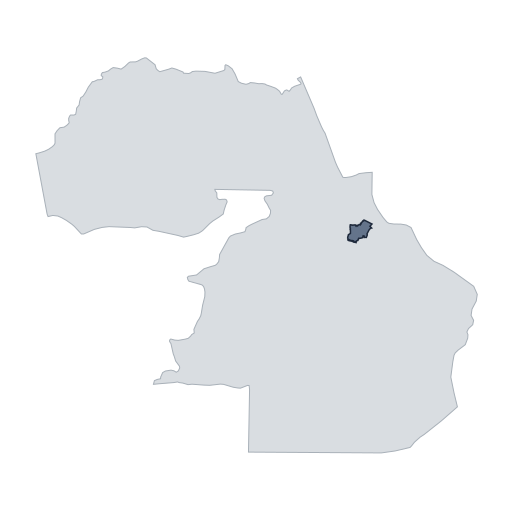 Chongwe, Lusaka, Zambia shown in context, rotated 271°
{"feature_id": "96606910B32717004733154", "entity_name": "Chongwe", "entity_type": "district", "adm_level": 2, "iso_a3": "ZMB", "parent_name": "Zambia", "parent_adm1": "Lusaka", "projection": "equal_earth", "projection_center": [28.753, -15.39], "detail": "fine", "context": "in_parent", "style": "filled", "palette": "slate", "viewbox_px": 512, "rotation_deg": 271, "n_neighbors": 0, "source": "geoboundaries", "source_scale": "gbopen_adm2", "svg_char_len": 6018}
<svg xmlns="http://www.w3.org/2000/svg" viewBox="0 0 512 512"><g transform="rotate(271 256 256)"><path d="M341.7,370.7L319.5,370.8L311.4,373.1L304.7,376.7L296.8,382.3L292.3,386.2L291.0,388.3L290.4,393.1L290.4,400.4L289.6,405.7L287.2,410.5L275.2,416.4L267.3,421.2L259.6,426.8L253.8,434.1L249.9,443.1L243.3,454.3L229.5,474.2L221.5,477.9L214.8,477.0L206.7,472.9L200.3,472.1L195.5,474.7L191.1,473.9L187.1,469.7L183.7,468.2L181.0,469.3L177.5,469.1L171.0,466.8L165.5,459.8L162.5,456.8L160.1,455.7L153.5,454.6L138.3,452.9L122.5,456.4L108.7,460.0L94.4,444.2L80.6,427.4L77.7,423.2L72.5,417.6L68.8,414.8L67.3,413.4L63.5,398.5L61.3,384.7L59.8,251.9L122.3,251.9L126.3,251.4L126.5,249.9L123.6,242.8L123.7,240.3L124.4,235.5L127.1,225.8L127.3,222.6L125.9,212.0L126.0,206.2L126.7,194.3L126.2,190.3L127.7,184.9L128.1,181.4L128.7,179.8L128.0,175.8L126.6,161.6L125.9,155.7L129.6,156.6L130.9,159.5L131.6,162.7L133.3,162.8L137.8,164.7L139.4,167.4L140.4,173.0L139.8,175.9L138.4,178.3L139.8,180.4L142.8,181.7L144.6,181.3L149.6,177.5L154.2,176.0L156.6,175.0L166.9,172.5L169.0,171.1L170.4,171.1L171.5,172.2L170.5,176.2L170.3,179.8L171.6,186.5L172.5,189.7L174.7,192.0L176.3,193.1L178.0,195.6L181.6,195.2L189.6,198.6L192.0,200.2L195.3,201.8L197.7,202.3L205.9,203.5L214.5,205.5L219.0,205.6L222.1,205.1L224.4,204.2L225.7,203.1L226.3,202.1L229.6,189.4L231.2,188.3L233.4,187.7L234.6,188.9L236.0,196.9L242.3,204.2L244.4,210.3L246.0,215.5L247.3,217.0L249.7,218.8L253.5,219.4L256.9,219.6L273.7,228.5L275.5,230.1L277.6,234.9L278.8,240.2L280.1,244.5L282.3,245.3L284.2,245.6L286.2,248.5L287.6,251.1L292.6,261.5L293.3,265.7L295.7,268.5L298.9,269.7L302.0,269.8L303.7,268.6L308.0,266.4L311.3,264.0L313.8,263.1L315.2,263.6L316.3,265.3L317.0,270.6L319.4,272.3L321.2,271.6L321.8,269.6L321.9,268.5L321.9,213.7L320.4,214.1L318.4,215.7L314.0,215.9L312.3,217.0L311.7,218.8L312.1,221.1L312.2,224.2L311.5,225.6L309.6,226.2L306.7,225.0L301.6,223.4L297.4,222.5L294.3,218.4L290.2,212.2L287.5,209.0L280.9,202.6L279.8,201.3L277.8,198.2L276.1,193.1L274.5,187.1L273.6,183.3L275.2,177.5L279.0,158.5L279.9,152.5L283.1,146.5L283.3,141.1L282.0,134.2L282.3,130.3L282.8,108.5L281.9,101.6L279.8,93.9L275.0,83.3L275.0,81.0L282.3,74.0L284.5,71.4L288.3,65.8L290.9,61.0L292.5,57.2L293.0,52.1L291.8,47.4L294.3,46.4L354.4,34.1L355.3,37.4L357.1,42.8L359.1,46.8L361.7,50.4L363.9,52.5L365.4,53.1L374.6,52.9L377.9,55.0L380.8,57.7L381.5,61.9L383.4,64.6L385.5,66.6L386.4,66.9L387.9,66.4L390.3,66.3L392.6,67.2L393.7,68.1L393.8,71.6L394.5,73.2L397.7,73.8L400.8,74.1L403.9,76.5L407.2,76.9L411.1,77.9L412.9,80.4L417.0,83.0L421.9,85.4L427.4,89.3L427.5,90.5L428.5,92.7L429.4,94.4L429.5,96.8L430.0,99.0L431.4,99.6L432.5,99.7L433.6,98.1L435.1,98.2L436.7,99.2L437.2,101.8L438.5,105.2L440.5,107.6L441.9,109.9L441.4,114.1L440.5,117.9L443.2,121.6L446.8,125.2L447.8,126.8L448.0,132.1L448.6,133.9L451.0,138.3L452.2,141.2L452.1,142.9L445.5,151.7L441.4,153.0L439.7,154.8L438.6,156.6L441.2,165.3L442.5,168.6L441.4,172.8L438.7,179.8L437.5,180.4L437.3,185.7L438.1,187.6L439.3,189.1L439.8,192.7L439.7,201.7L438.0,211.8L440.9,220.6L441.9,221.6L446.0,221.7L446.7,222.4L445.7,224.9L442.8,228.8L437.6,231.9L430.1,235.2L428.5,238.4L427.5,243.0L428.3,245.8L429.3,247.3L429.0,251.4L428.3,255.7L428.5,259.0L428.1,262.0L427.2,263.5L425.8,268.0L424.2,272.5L422.9,274.5L421.1,276.7L418.1,278.5L418.1,279.4L421.5,281.5L422.3,282.9L422.6,283.9L421.2,286.2L422.7,287.5L424.6,288.7L426.4,291.7L428.4,297.3L428.7,297.9L429.3,298.0L430.4,297.4L432.5,295.1L434.0,294.3L435.8,297.5L404.6,311.5L397.3,314.3L386.4,319.2L382.8,321.1L380.0,322.9L351.1,333.8L346.5,335.9L336.3,341.4L336.0,342.4L336.1,344.9L337.0,350.1L338.7,354.8L340.2,357.6L341.2,364.6L341.7,370.7Z" fill="#d9dde1" stroke="#a8b0b8" stroke-width="1"/><path d="M272.1,355.5L272.1,356.1L272.7,356.2L272.9,356.3L273.0,356.7L273.3,357.2L273.3,357.6L274.4,358.1L274.5,357.9L275.3,358.3L275.2,358.4L275.2,358.5L275.3,358.7L275.6,359.4L275.6,360.3L275.8,361.0L276.0,361.9L276.8,362.5L276.8,362.4L278.1,362.8L277.8,363.9L276.8,363.8L276.4,363.9L276.5,364.1L276.5,366.0L279.0,366.9L280.1,366.6L284.1,368.6L285.7,370.0L286.0,371.1L287.7,369.4L290.0,371.4L293.3,364.6L293.4,364.4L293.4,364.2L293.6,364.1L293.7,363.9L293.6,363.7L293.7,363.4L293.7,363.2L293.4,363.2L293.2,363.1L293.0,362.9L292.8,362.7L292.9,362.4L292.7,362.4L292.6,362.2L292.5,361.9L292.4,361.8L292.3,361.7L292.2,361.7L291.9,361.5L291.7,361.4L291.5,361.2L291.4,361.2L291.2,361.0L291.1,360.8L291.0,360.7L290.9,360.6L290.8,360.4L290.7,360.5L290.6,360.4L290.5,360.2L290.3,360.1L290.1,360.0L290.0,359.9L289.9,359.9L289.9,360.0L289.7,360.2L289.5,359.9L289.6,359.7L289.6,359.8L289.5,359.7L289.4,359.7L289.5,359.6L289.5,359.4L289.4,359.3L289.4,359.2L289.2,358.9L289.0,358.7L288.9,358.5L288.9,358.4L289.0,358.3L288.9,358.2L288.7,358.1L288.7,357.9L288.7,357.7L288.6,357.4L288.4,357.3L288.4,357.2L288.3,356.9L288.2,356.9L288.3,356.8L288.3,356.7L288.2,356.6L288.3,356.5L288.2,356.4L288.2,356.1L288.2,355.9L288.2,355.7L288.3,355.6L288.2,355.5L288.3,355.5L288.2,355.5L288.3,355.4L288.4,355.2L288.5,355.1L288.5,354.9L288.7,354.7L288.8,354.7L288.9,354.4L288.8,354.1L288.7,353.8L288.6,353.6L288.6,353.4L288.6,353.2L288.6,352.9L288.7,352.7L288.5,352.3L288.6,352.2L288.5,351.9L288.6,351.7L288.5,351.4L288.6,351.1L288.6,350.9L288.8,350.7L288.9,350.4L288.9,350.2L288.8,349.9L288.8,349.7L288.7,349.6L288.3,349.6L287.8,349.6L287.6,349.6L287.3,349.6L287.0,349.5L286.6,349.5L286.3,349.5L285.9,349.7L285.7,349.7L285.5,349.8L285.4,349.9L285.2,349.8L284.6,349.6L284.4,349.6L284.2,349.9L283.7,349.9L283.4,349.9L283.2,349.9L283.0,350.0L282.7,350.0L282.3,350.0L280.2,350.0L278.9,348.0L277.8,347.9L277.5,347.6L275.6,347.3L274.7,347.8L274.5,347.7L274.1,347.6L274.0,348.2L273.3,348.0L273.2,348.6L273.9,348.9L273.9,349.0L273.8,349.3L273.7,349.3L273.1,349.2L272.9,349.1L272.8,349.6L273.3,349.8L273.2,350.5L272.8,350.3L272.7,350.3L272.6,350.9L273.1,351.1L273.1,351.7L272.4,351.6L272.2,352.1L273.0,352.4L272.9,353.0L272.4,352.9L272.3,353.6L271.6,353.5L271.2,355.7L271.8,355.6L272.1,355.5Z" fill="#64748b" stroke="#1e293b" stroke-width="1.5"/></g></svg>